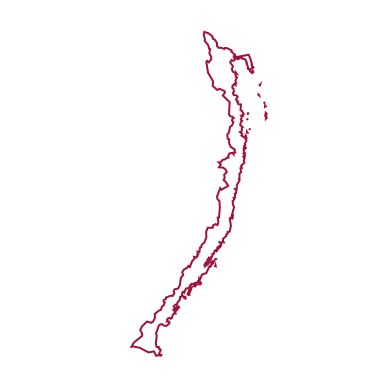 Comarca Kuna Yala, Kuna Yala, Panama (Albers equal-area conic projection), rotated 79°
{"feature_id": "35544464B26872392116911", "entity_name": "Comarca Kuna Yala", "entity_type": "district", "adm_level": 2, "iso_a3": "PAN", "parent_name": "Panama", "parent_adm1": "Kuna Yala", "projection": "albers", "projection_center": [-78.308, 9.061], "detail": "fine", "context": "isolated", "style": "outline", "palette": "rose", "viewbox_px": 384, "rotation_deg": 79, "n_neighbors": 0, "source": "geoboundaries", "source_scale": "gbopen_adm2", "svg_char_len": 6088}
<svg xmlns="http://www.w3.org/2000/svg" viewBox="0 0 384 384"><g transform="rotate(79 192 192)"><path d="M37.2,149.3L39.7,150.5L44.3,150.1L46.0,150.8L50.9,148.1L54.9,147.8L55.3,146.9L59.0,148.5L62.9,147.4L65.3,147.8L68.0,150.7L66.2,152.1L66.8,153.1L77.9,153.5L87.4,150.2L91.8,151.4L96.6,147.8L96.0,145.2L99.0,141.0L100.5,140.6L103.2,143.3L111.0,137.9L123.1,140.9L124.9,140.0L125.9,137.8L127.4,137.0L128.0,138.5L129.6,139.1L131.1,138.0L134.1,139.8L135.5,142.4L140.7,144.3L142.2,146.3L146.5,146.8L147.5,145.4L150.7,146.3L154.9,145.5L158.6,141.8L160.1,142.5L161.5,142.1L161.6,143.8L162.9,144.0L161.2,145.0L161.3,147.9L163.2,149.4L165.3,149.6L164.9,151.2L166.2,152.9L166.3,155.8L168.5,158.6L168.1,160.0L170.6,158.5L172.9,160.8L174.0,156.8L176.4,154.7L179.0,154.0L181.1,157.1L184.2,157.2L186.5,158.7L188.3,157.0L192.9,155.3L195.4,162.7L193.6,163.6L201.4,168.4L203.9,168.3L206.1,166.8L212.5,167.6L222.2,170.4L222.1,171.7L226.5,171.8L229.3,173.3L228.0,175.0L228.9,177.8L231.0,178.5L230.1,183.3L233.7,185.7L239.4,186.6L243.9,189.5L245.7,192.6L248.0,193.5L248.0,194.7L252.3,196.2L251.6,198.0L254.4,197.8L254.3,198.8L256.4,199.0L257.0,200.2L256.1,202.3L257.8,202.1L259.8,205.0L265.9,208.8L264.2,208.7L263.8,209.5L265.4,211.3L266.5,214.7L269.0,217.0L271.7,216.4L274.3,219.4L280.8,221.5L284.1,224.0L284.2,227.7L286.1,228.9L288.0,228.6L290.4,230.8L289.7,232.2L290.6,237.6L291.9,237.8L292.5,240.2L294.3,240.8L295.1,239.8L297.7,241.3L298.9,243.5L301.7,244.9L302.1,247.2L304.7,251.9L308.3,252.3L311.7,254.8L312.6,256.8L310.6,261.0L314.6,267.0L317.8,269.2L321.3,267.9L323.7,268.4L328.8,278.0L332.4,280.9L332.4,279.1L335.0,273.0L341.2,265.2L341.2,259.8L346.0,258.4L345.8,255.6L346.8,254.0L345.7,252.4L346.0,254.3L344.9,255.5L341.4,252.9L340.1,253.3L340.0,254.2L337.8,254.2L337.4,256.3L333.6,256.4L326.4,254.0L323.9,254.3L319.9,251.8L319.3,252.5L319.6,251.8L316.7,249.9L316.0,248.5L315.9,246.7L317.7,245.2L318.6,242.7L316.7,239.2L315.0,239.0L314.4,241.3L313.6,240.5L312.6,240.8L311.3,239.3L311.3,237.8L312.4,237.1L311.7,235.6L308.8,234.3L307.7,232.3L305.9,231.9L305.9,230.7L302.8,226.6L301.9,227.0L301.6,228.5L305.0,232.1L304.3,232.8L302.4,230.9L300.8,231.9L299.5,230.0L299.6,228.2L297.9,227.5L295.2,224.3L292.6,223.6L292.6,220.6L291.7,221.6L289.0,220.8L288.3,219.7L289.3,218.9L285.6,216.4L285.7,214.4L284.6,212.1L283.5,211.8L284.0,210.4L283.1,211.3L282.0,209.9L283.1,207.6L284.8,208.4L285.3,206.9L283.1,205.6L281.9,206.3L282.0,205.2L283.2,204.8L280.8,203.2L280.6,202.4L281.5,202.2L280.7,201.9L279.3,202.8L279.8,201.9L278.8,201.6L280.1,201.3L275.0,198.0L274.3,193.4L269.0,189.7L268.9,188.1L268.6,187.9L268.5,188.5L267.9,188.5L266.9,186.4L265.8,186.4L266.5,186.0L265.9,184.7L263.6,183.2L264.8,187.0L264.1,188.7L265.7,189.9L267.3,192.9L265.0,191.7L265.5,193.3L264.7,192.8L263.9,191.7L264.6,191.0L261.2,189.6L262.2,188.6L262.0,186.8L261.5,188.4L259.9,188.0L261.6,186.4L259.7,186.0L259.9,185.3L257.1,183.2L256.8,183.6L256.5,182.1L254.4,181.5L252.8,178.1L251.1,177.6L250.4,175.8L252.4,176.6L251.4,174.7L249.1,173.3L245.5,175.2L248.2,173.5L247.0,172.6L247.5,170.4L246.0,171.0L243.7,170.3L241.7,166.6L240.6,166.7L239.6,165.0L238.1,164.8L238.1,162.6L232.4,160.2L225.1,160.0L224.4,158.4L225.8,157.6L225.3,157.0L223.5,156.5L224.3,157.7L222.9,157.6L214.8,153.5L212.2,154.3L208.9,153.7L208.5,154.7L208.7,153.7L207.1,151.8L205.7,152.3L205.4,150.7L201.9,150.3L201.9,149.3L198.7,148.0L197.3,149.2L197.2,147.4L193.6,146.6L189.6,143.0L188.2,143.1L188.4,144.4L188.1,142.9L183.0,141.9L181.9,140.0L177.9,139.9L177.9,138.4L175.8,138.9L173.2,135.0L171.1,135.2L169.2,134.0L167.3,134.9L167.1,133.2L166.4,133.2L165.4,134.0L165.0,134.0L165.5,133.4L164.3,132.4L162.6,133.5L159.5,133.0L156.6,131.9L156.3,130.8L154.4,130.8L152.0,128.7L148.9,129.7L146.3,132.5L146.1,131.8L144.5,131.9L142.4,133.4L142.4,131.9L138.2,130.6L138.0,129.9L135.5,131.9L132.9,130.8L131.8,129.2L130.4,130.3L127.7,128.7L126.8,129.1L127.1,127.6L125.9,127.9L125.4,126.3L121.9,127.5L121.1,128.8L115.4,127.2L114.8,129.7L112.6,130.3L112.1,129.5L109.7,131.2L107.2,129.0L105.8,129.8L104.7,132.6L102.3,132.9L101.6,131.6L98.5,131.6L97.4,132.5L95.5,132.0L93.4,129.1L94.6,129.7L95.4,128.9L94.1,128.8L93.9,127.9L91.3,128.2L87.9,126.0L87.3,127.0L83.3,126.8L81.6,129.1L79.0,129.4L76.4,127.8L72.1,129.8L70.0,128.1L71.2,126.3L69.2,123.2L70.5,121.3L70.0,120.3L69.2,120.8L69.1,117.6L70.4,117.6L71.7,114.9L73.3,113.8L75.4,113.9L74.8,112.8L75.6,113.8L80.4,113.2L81.6,113.8L83.0,112.2L81.6,111.5L84.6,112.0L86.8,110.1L86.0,108.8L83.8,109.5L78.5,108.9L78.6,109.8L77.9,108.8L72.7,109.2L68.1,110.2L68.0,125.2L66.6,125.1L66.7,123.6L65.7,123.4L61.7,126.6L60.6,126.1L57.5,130.1L56.8,132.1L57.8,132.9L55.7,136.4L55.6,138.3L53.6,139.6L50.4,139.0L46.6,140.7L45.4,142.4L43.2,142.2L39.4,145.5L37.2,149.3ZM283.0,200.3L281.6,201.3L284.1,202.7L284.3,201.3L283.0,200.3ZM289.7,212.9L286.0,210.7L286.4,211.7L288.6,213.9L289.6,213.7L289.7,212.9ZM290.6,213.8L288.8,214.1L291.7,215.9L292.4,215.2L292.4,214.2L291.1,214.8L290.6,213.8ZM296.2,218.4L294.3,218.7L294.4,219.5L296.2,218.4ZM254.5,178.5L253.5,178.7L255.3,180.1L254.5,178.5ZM132.0,104.8L130.6,104.3L131.1,105.4L132.0,104.8ZM101.0,105.3L99.4,104.5L99.9,105.3L101.0,105.3ZM129.6,105.0L129.1,104.0L128.3,104.5L129.6,105.0ZM122.3,104.1L121.9,103.1L121.1,103.7L122.3,104.1ZM269.5,182.9L268.2,182.9L269.2,183.5L269.5,182.9ZM125.9,122.0L124.5,121.5L125.9,122.2L125.9,122.0ZM134.1,105.5L133.4,104.7L133.0,105.3L134.1,105.5ZM82.1,107.6L80.9,108.0L80.9,108.5L81.3,108.4L82.1,107.6ZM144.4,126.1L143.4,126.5L144.3,126.7L144.4,126.1ZM110.2,107.6L109.5,107.6L108.9,108.1L109.4,108.2L110.2,107.6ZM262.2,181.6L262.9,182.0L262.4,181.2L262.2,181.6ZM150.4,128.7L149.4,128.1L148.9,128.3L150.4,128.7ZM293.9,218.6L292.9,218.4L294.0,219.1L293.9,218.6ZM118.5,103.9L117.7,103.1L118.1,104.0L118.5,103.9ZM130.9,124.1L131.8,123.1L130.5,124.2L130.9,124.1ZM84.3,126.1L84.6,125.5L83.5,126.0L84.3,126.1ZM141.2,122.6L141.2,123.4L142.0,123.9L141.5,123.4L141.2,122.6ZM147.7,128.8L147.3,128.3L146.8,128.6L147.7,128.8ZM308.2,231.2L307.8,231.3L308.1,232.2L308.2,231.2ZM158.2,130.1L158.7,130.8L159.2,131.0L158.9,130.6L158.2,130.1Z" fill="none" stroke="#9f1239" stroke-width="2"/></g></svg>